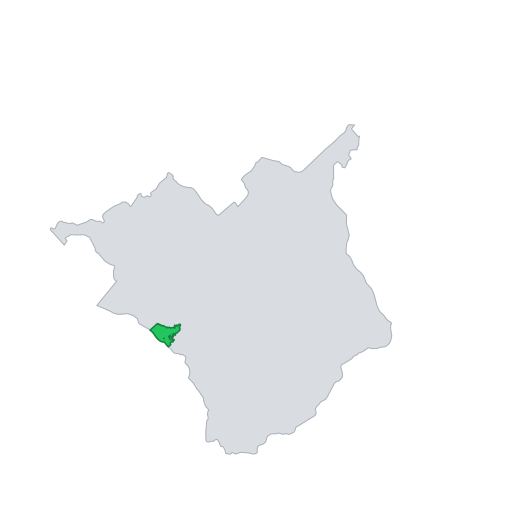 Fizi, Sud-Kivu, Democratic Republic of the Congo (highlighted), rotated 138°
{"feature_id": "63176286B21708239892428", "entity_name": "Fizi", "entity_type": "district", "adm_level": 2, "iso_a3": "COD", "parent_name": "Democratic Republic of the Congo", "parent_adm1": "Sud-Kivu", "projection": "albers", "projection_center": [28.45, -4.276], "detail": "fine", "context": "in_parent", "style": "filled", "palette": "green", "viewbox_px": 512, "rotation_deg": 138, "n_neighbors": 0, "source": "geoboundaries", "source_scale": "gbopen_adm2", "svg_char_len": 7223}
<svg xmlns="http://www.w3.org/2000/svg" viewBox="0 0 512 512"><g transform="rotate(138 256 256)"><path d="M407.4,325.7L376.3,330.6L376.9,332.3L376.6,334.2L375.8,335.6L372.6,339.5L367.9,343.0L367.9,343.9L370.2,347.9L371.7,353.3L371.4,362.8L372.0,365.4L371.9,367.4L370.3,369.6L367.2,381.1L369.3,386.6L375.4,391.8L379.0,395.6L385.1,397.0L386.0,396.8L386.4,393.6L391.2,392.4L391.2,412.7L390.8,413.8L390.0,414.1L388.8,413.4L388.4,411.5L387.1,410.7L381.3,413.2L379.8,413.1L378.1,412.7L376.9,411.6L376.6,410.1L372.4,404.2L370.4,403.7L368.1,398.4L358.8,394.5L355.3,394.2L353.4,393.0L351.6,388.8L348.5,386.1L347.8,383.1L347.1,382.7L345.3,383.3L343.7,388.1L341.6,389.2L337.8,389.3L328.2,388.0L321.4,385.5L319.6,385.7L316.9,383.5L315.8,379.9L316.4,377.0L315.8,376.6L305.5,379.0L303.0,380.5L300.6,380.1L299.9,379.4L300.9,377.4L300.4,375.3L299.6,374.3L296.6,373.6L295.6,371.3L293.7,371.0L293.1,371.3L292.6,372.9L291.5,373.4L285.3,372.7L278.8,374.7L270.2,374.3L266.1,376.7L265.5,376.6L264.6,375.4L263.8,371.6L264.2,370.5L265.5,369.7L265.9,368.2L265.4,364.2L265.8,363.2L265.3,360.9L264.0,357.2L262.1,354.2L258.2,349.8L257.5,347.6L257.7,342.6L258.9,334.6L258.7,328.6L257.1,324.7L256.7,320.6L257.6,313.1L256.6,311.3L236.9,310.8L236.0,310.3L235.6,309.2L236.5,304.8L224.5,306.0L220.9,306.9L218.7,308.8L218.0,311.1L217.9,314.3L216.2,317.4L215.7,322.7L212.4,323.3L209.1,323.4L202.6,322.4L196.4,323.9L193.4,325.4L191.7,324.7L186.2,325.3L185.4,325.0L178.9,314.7L176.0,311.3L175.4,309.6L175.6,308.0L174.8,305.8L171.7,300.5L171.1,298.0L171.2,294.1L170.8,292.8L168.1,289.5L166.3,288.5L164.3,287.9L132.0,288.9L121.4,288.5L113.6,289.1L109.6,288.9L108.5,288.4L105.0,289.2L103.1,290.6L100.4,291.4L98.6,291.1L95.2,287.4L99.8,286.6L100.1,286.2L100.2,276.9L99.0,275.7L101.4,274.0L105.2,269.9L109.0,268.3L109.5,267.5L110.4,267.5L111.8,269.2L115.1,271.4L119.2,269.3L119.6,268.8L120.1,264.8L121.1,264.4L122.9,265.2L123.9,265.2L125.7,264.0L130.9,262.0L132.5,264.5L131.1,266.8L131.7,268.4L131.9,270.9L132.8,271.5L137.0,271.7L138.1,271.1L146.2,261.8L148.4,260.7L151.8,257.0L156.3,255.3L158.3,252.5L160.8,247.3L161.9,239.9L161.3,227.2L161.6,225.5L167.1,219.7L172.7,209.2L176.5,206.5L179.4,205.3L183.8,201.5L187.3,197.6L186.7,193.0L187.5,189.2L189.4,184.3L190.0,179.2L189.2,173.8L189.4,169.4L192.0,162.4L192.1,154.3L194.4,147.5L199.0,138.9L201.2,132.5L200.7,126.2L201.3,121.6L201.0,118.9L200.1,116.5L200.5,115.0L202.3,114.4L204.5,112.0L208.5,105.8L212.8,102.8L215.8,101.8L219.0,101.9L221.1,102.4L224.4,104.7L228.3,106.6L231.2,109.0L234.0,112.7L240.8,113.5L243.7,114.8L245.5,115.3L246.1,114.9L247.5,115.1L250.8,116.2L253.3,115.6L265.9,117.9L267.3,116.7L270.7,110.2L273.3,108.0L277.6,107.7L281.0,108.9L282.8,108.9L298.2,103.3L300.2,103.0L305.8,104.3L309.4,103.4L310.9,103.7L314.0,102.7L316.6,98.9L318.7,97.9L340.9,102.0L344.3,100.0L345.9,99.7L350.8,101.2L352.3,103.6L355.3,105.6L357.4,109.0L360.7,110.9L362.4,112.6L364.3,113.9L368.3,114.3L373.5,111.3L377.1,111.6L380.7,113.3L382.0,113.2L384.7,111.4L386.1,109.5L387.5,109.1L389.7,109.9L391.4,111.7L393.0,114.3L398.5,120.1L403.8,122.6L405.2,126.1L407.1,125.8L408.1,126.1L409.5,128.4L410.4,128.8L410.6,129.7L409.3,131.8L408.0,135.9L409.6,138.4L408.2,142.0L407.5,145.7L409.3,146.7L411.5,146.6L413.5,148.6L415.1,148.9L416.8,151.0L416.4,152.7L411.1,158.8L403.2,166.2L400.5,167.1L399.2,168.5L398.2,170.7L395.9,172.5L394.1,173.3L393.9,178.7L391.3,184.3L390.2,185.4L388.8,194.5L389.0,196.1L387.6,203.6L387.8,210.5L384.0,212.7L381.4,216.1L380.2,218.5L380.3,224.2L375.9,227.6L375.6,228.4L376.7,232.4L378.3,233.0L378.3,234.4L381.8,238.7L381.6,251.9L381.8,253.2L383.6,256.3L384.8,262.3L383.5,269.9L388.2,283.9L386.1,289.0L387.1,293.9L389.9,299.0L396.6,304.1L398.4,306.1L400.1,309.0L401.6,313.3L407.4,325.7Z" fill="#d9dde1" stroke="#a8b0b8" stroke-width="1"/><path d="M382.0,247.2L381.5,247.3L380.7,247.3L380.6,247.2L380.2,247.0L379.8,247.0L379.5,247.2L379.4,247.2L379.2,247.0L378.8,247.1L378.5,247.7L378.2,248.3L378.0,248.5L377.9,248.8L377.7,248.9L377.3,248.9L377.1,248.9L376.7,248.8L376.3,248.8L376.2,248.6L375.9,248.4L375.7,248.3L375.7,248.2L375.4,248.0L375.3,247.9L375.2,248.0L375.2,247.9L375.0,248.0L374.9,248.0L374.6,248.1L374.4,248.4L374.3,248.6L374.4,248.8L374.2,248.8L373.8,248.5L373.6,248.4L373.4,248.3L373.2,248.2L373.1,248.4L373.1,248.6L372.9,249.0L373.1,249.2L373.4,249.5L373.5,249.9L373.7,250.3L373.8,250.4L374.4,250.9L374.9,251.4L375.1,251.6L375.4,251.4L375.4,251.5L375.6,251.7L375.6,251.9L375.3,252.8L375.1,253.2L375.0,254.2L374.9,254.5L374.4,254.4L374.2,254.1L374.0,254.4L373.9,254.5L373.7,254.5L373.4,254.5L373.5,254.4L373.5,254.2L373.2,253.6L373.2,253.4L373.2,253.1L373.3,253.0L373.5,252.6L373.5,252.4L373.4,252.3L373.2,252.1L373.0,251.2L373.2,250.9L372.9,250.8L372.7,250.9L372.6,251.0L372.4,251.4L372.1,251.7L372.0,252.0L371.9,252.1L371.7,252.1L371.6,252.3L371.4,252.5L371.2,252.5L371.0,252.8L371.0,252.7L370.9,252.6L370.8,252.4L370.7,252.2L370.7,251.8L370.3,252.1L369.9,252.2L369.9,252.6L369.8,252.8L369.2,253.2L369.2,252.7L369.0,252.4L369.0,251.8L368.9,251.4L368.8,251.2L368.7,251.3L368.7,251.5L368.6,251.9L368.5,252.2L367.9,252.2L367.8,252.3L367.0,252.2L366.9,252.1L366.7,251.8L366.4,251.7L366.2,251.6L365.9,251.7L365.6,251.8L365.4,251.9L365.1,251.9L364.9,251.9L364.7,251.9L363.6,251.7L362.9,251.8L362.6,251.8L362.4,251.8L362.3,252.2L362.1,252.4L361.9,252.5L361.3,252.6L361.1,252.9L361.0,253.1L360.8,253.3L360.8,253.6L360.7,254.0L360.8,254.1L360.4,254.3L359.9,254.5L358.9,254.9L358.4,255.1L358.2,255.5L358.1,255.9L358.3,256.0L358.4,256.3L358.5,256.3L358.7,256.5L358.8,256.6L359.0,256.6L359.3,256.7L359.4,256.8L359.5,256.8L359.8,256.8L360.0,256.8L360.6,256.5L360.9,256.6L361.2,256.7L361.7,256.8L361.7,257.0L361.4,257.2L361.5,257.3L361.5,257.5L361.4,257.6L361.5,257.7L361.4,257.8L361.5,257.9L361.8,257.9L362.0,257.8L362.3,257.9L362.3,258.0L362.5,258.0L362.8,258.3L363.1,258.4L363.1,258.5L363.2,258.4L363.3,258.4L363.4,258.5L363.5,258.5L363.7,258.4L363.8,258.3L364.0,258.2L364.1,257.9L364.1,257.7L364.2,257.4L364.3,257.4L364.1,257.0L364.2,256.8L364.3,256.7L364.5,256.8L364.7,257.0L364.8,257.4L364.9,257.7L365.2,258.1L366.3,258.8L367.0,259.4L367.2,259.5L367.4,259.3L367.5,259.3L367.8,259.8L367.9,260.1L367.8,260.4L367.8,260.5L367.9,260.8L368.2,261.1L368.7,261.3L369.2,261.4L369.4,261.6L369.4,261.9L369.5,262.4L369.6,262.5L369.8,262.5L370.5,262.5L370.5,263.6L370.7,263.9L370.8,264.2L371.0,264.7L371.2,265.7L371.4,266.2L371.5,266.3L371.8,266.5L372.0,266.6L372.3,266.7L372.3,266.8L372.4,267.0L372.5,267.0L372.6,267.4L372.7,267.5L372.7,267.4L372.8,267.5L372.7,267.7L372.7,267.8L372.7,268.1L372.8,268.2L372.8,268.3L373.0,268.4L373.2,268.6L373.1,268.8L373.3,268.9L373.4,269.0L373.5,269.1L373.6,269.3L373.6,269.5L373.7,269.8L373.8,269.9L373.8,270.0L374.0,270.1L374.0,270.3L373.9,270.3L373.9,270.5L374.0,270.6L373.9,270.7L373.8,270.8L373.9,271.0L374.0,271.0L374.3,271.1L374.2,271.1L374.2,271.3L374.4,271.5L374.6,271.5L374.7,271.8L384.3,271.8L384.0,269.2L383.9,268.2L384.0,267.2L384.1,265.8L384.3,264.6L384.6,261.1L384.5,260.2L384.5,259.2L384.4,258.1L384.0,256.6L383.6,255.7L383.1,254.7L382.6,254.3L381.9,253.9L381.8,253.0L381.8,251.8L381.9,250.5L382.0,249.1L382.0,247.3L382.0,247.2ZM379.4,256.2L379.6,256.1L379.7,256.3L379.4,256.3L379.4,256.2L379.4,256.2Z" fill="#22c55e" stroke="#15803d" stroke-width="1.5"/></g></svg>